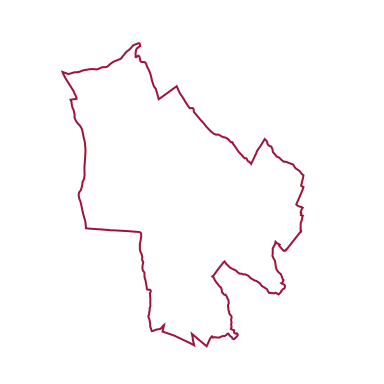 the district of San José Teacalco, Tlaxcala, Mexico, rotated 172°
{"feature_id": "50627088B31209482896746", "entity_name": "San José Teacalco", "entity_type": "district", "adm_level": 2, "iso_a3": "MEX", "parent_name": "Mexico", "parent_adm1": "Tlaxcala", "projection": "equal_earth", "projection_center": [-98.053, 19.323], "detail": "fine", "context": "isolated", "style": "outline", "palette": "rose", "viewbox_px": 384, "rotation_deg": 172, "n_neighbors": 0, "source": "geoboundaries", "source_scale": "gbopen_adm2", "svg_char_len": 5956}
<svg xmlns="http://www.w3.org/2000/svg" viewBox="0 0 384 384"><g transform="rotate(172 192 192)"><path d="M79.3,193.0L80.9,194.8L82.5,197.8L86.1,201.0L87.2,203.1L87.6,204.3L88.3,205.3L93.0,207.8L94.5,208.7L96.2,209.2L96.8,209.1L99.0,211.4L100.0,212.8L100.8,213.9L102.9,215.0L103.4,215.6L105.5,219.1L106.2,220.1L106.4,220.9L106.3,222.9L106.5,223.7L106.8,224.3L106.9,225.4L107.3,226.0L108.0,226.4L108.9,226.8L110.1,228.2L110.5,229.1L110.7,231.4L111.1,232.3L112.6,234.3L118.6,227.0L119.7,226.0L122.1,223.3L122.9,221.6L129.5,211.6L129.8,212.3L130.2,212.6L130.6,213.3L131.1,213.7L131.3,214.1L132.2,214.6L132.9,215.9L133.2,217.3L133.8,218.0L135.0,218.0L136.0,219.1L137.2,221.1L139.9,224.8L141.2,227.1L142.4,229.9L144.8,234.3L144.9,235.4L145.4,235.8L146.4,235.7L147.7,237.5L148.5,238.8L149.5,239.8L150.0,240.2L150.3,240.6L152.5,241.8L153.0,241.7L153.5,242.0L154.5,242.6L156.8,244.4L158.1,245.3L158.9,245.4L159.9,245.3L161.4,246.1L162.5,246.9L164.6,249.0L168.5,254.4L169.3,255.8L171.3,259.2L173.4,262.1L179.0,271.0L178.9,273.8L179.4,274.8L180.3,275.2L182.4,275.2L183.7,277.3L185.5,281.1L188.2,287.4L189.9,290.5L190.9,293.4L192.4,298.9L212.0,288.5L213.5,299.3L215.0,301.8L215.4,303.8L216.0,307.2L216.5,312.5L216.9,315.8L219.2,323.1L219.6,325.4L220.3,326.8L221.1,327.3L224.0,327.9L224.6,328.3L224.8,328.6L225.1,332.2L225.4,333.5L225.9,334.4L226.3,334.5L228.7,333.2L229.0,333.3L228.9,334.5L228.7,336.2L228.3,338.2L227.6,340.4L226.7,341.8L224.1,343.3L222.9,343.8L222.9,344.8L223.1,345.8L223.3,346.4L223.6,346.7L224.0,346.8L225.8,346.4L228.5,345.8L230.0,345.3L233.1,342.5L237.7,339.7L239.3,338.3L244.0,333.8L250.8,332.2L252.6,331.5L254.9,330.3L258.3,328.0L258.8,327.8L259.9,327.7L260.7,327.7L262.8,328.0L263.5,328.0L264.4,327.9L268.0,326.8L268.8,326.7L269.5,326.7L273.8,327.7L276.4,327.8L281.5,327.7L283.3,327.5L286.6,326.7L289.3,326.6L291.7,326.9L297.4,326.0L297.9,326.1L298.5,326.3L303.5,328.9L302.9,326.4L301.3,321.9L295.4,308.8L293.2,301.3L293.4,300.3L299.4,300.3L298.8,297.5L298.9,296.0L298.8,293.7L298.6,292.7L298.6,291.9L298.0,290.6L298.0,290.2L298.0,289.7L297.8,289.1L297.6,286.1L297.5,285.5L297.5,284.4L297.9,283.1L297.9,282.5L297.9,281.8L297.7,281.1L297.5,280.0L296.6,277.7L295.6,275.9L293.7,273.2L292.3,269.9L292.1,268.1L291.6,260.2L291.3,258.4L291.3,256.5L291.2,255.1L291.4,252.9L291.4,250.7L291.9,246.7L293.1,240.7L294.8,232.8L295.2,230.8L296.1,223.2L297.1,220.1L297.9,218.7L299.0,217.3L299.2,216.0L299.9,213.9L300.6,211.8L301.2,210.7L301.9,209.2L303.3,207.9L303.9,207.0L304.7,204.8L304.7,203.5L304.5,200.8L303.8,198.3L303.3,192.7L303.1,188.8L302.8,185.2L301.7,177.5L301.9,172.5L302.1,170.9L300.4,170.4L290.4,168.2L288.5,167.9L281.5,166.3L281.0,166.3L277.4,165.3L274.6,164.9L261.5,162.3L249.8,159.7L248.8,159.1L248.4,158.4L248.2,157.9L248.4,155.2L249.9,150.4L250.3,149.4L250.9,147.6L251.6,142.4L251.5,140.7L251.2,139.2L250.5,137.5L250.5,136.5L250.3,136.0L250.3,134.2L250.8,132.4L250.8,131.4L250.2,130.0L250.0,128.9L250.3,128.5L251.2,126.1L251.6,124.1L251.7,121.7L251.1,120.2L250.3,118.9L250.9,114.2L250.4,111.3L250.2,107.7L250.1,104.3L250.2,102.2L249.9,101.6L247.1,101.0L246.8,100.5L246.6,99.8L246.8,98.9L247.7,97.7L247.9,96.0L248.1,91.9L248.7,88.4L248.9,86.2L249.2,84.5L250.1,82.9L250.4,80.5L251.2,78.7L251.4,77.1L251.7,76.3L252.5,75.3L252.6,74.1L252.0,72.4L251.7,67.3L252.1,64.4L251.7,62.7L251.2,59.9L249.8,59.9L246.1,60.8L242.7,60.7L242.2,60.9L241.9,61.2L241.4,61.5L239.9,62.8L239.2,63.6L238.2,64.2L240.6,57.9L229.8,52.4L215.2,42.8L211.2,39.9L211.3,41.8L211.7,44.5L211.6,47.7L211.8,51.5L199.0,37.2L197.3,39.8L194.6,44.2L193.1,45.7L192.3,46.3L192.1,46.3L191.7,45.0L189.8,45.1L188.7,44.8L187.5,44.4L185.1,44.1L182.0,45.0L181.4,45.1L180.5,44.9L179.5,44.9L177.8,45.7L176.6,46.7L175.9,46.7L175.4,46.2L175.0,45.1L174.5,44.3L173.0,43.0L172.5,41.9L172.3,41.1L171.5,40.6L170.9,40.5L170.4,40.6L169.8,41.3L168.9,41.6L167.2,43.1L166.6,43.9L166.8,45.5L167.5,45.8L168.0,45.6L168.7,45.8L169.7,46.5L169.8,46.8L169.9,47.7L169.7,48.2L169.5,48.9L169.5,49.2L172.2,50.6L172.5,50.8L172.4,51.6L171.8,52.4L171.6,53.2L171.6,53.9L171.7,54.4L171.7,55.4L171.0,57.2L171.1,58.7L171.1,60.0L170.8,60.8L170.3,61.9L170.2,62.8L170.4,64.0L171.4,65.2L172.1,66.9L171.8,68.1L172.4,70.2L172.1,71.9L172.3,72.7L172.3,73.9L172.1,75.0L171.7,75.5L171.1,76.6L171.0,79.5L171.0,80.2L171.6,81.2L171.6,81.8L172.4,84.3L172.8,85.2L173.2,85.7L173.8,85.6L174.3,85.8L175.1,86.6L175.5,87.7L176.1,88.2L176.3,88.7L176.2,89.7L176.2,91.4L176.7,93.5L177.5,94.3L178.3,95.3L179.5,97.6L180.2,98.6L181.6,101.4L182.1,103.0L182.2,103.6L182.8,104.8L183.6,105.6L182.6,106.0L176.2,112.6L170.4,118.1L169.4,118.7L168.2,116.2L164.8,111.8L163.7,110.9L159.6,108.3L157.3,105.4L156.0,104.4L154.9,104.4L152.5,103.2L150.8,103.1L147.8,101.2L146.0,98.6L142.0,95.5L140.7,95.0L137.5,92.2L136.0,89.3L131.5,85.6L129.8,81.4L124.6,80.2L123.1,80.6L120.5,78.5L118.2,80.3L117.5,80.9L117.6,81.2L115.6,83.1L114.9,83.4L114.5,83.4L114.1,83.6L113.6,84.1L113.4,84.5L113.4,84.9L113.1,85.4L113.0,86.0L113.3,87.0L114.1,87.8L115.4,88.6L116.2,89.3L115.5,89.5L115.0,89.8L114.3,91.1L113.8,91.7L113.7,92.1L114.2,92.9L114.6,94.5L114.9,96.0L115.4,98.4L116.3,99.1L117.8,101.0L119.0,103.2L119.4,105.9L119.4,112.0L119.9,113.6L120.7,115.4L120.8,116.1L121.2,117.2L121.1,118.3L120.8,119.0L120.5,120.9L120.3,121.6L120.4,122.2L120.0,123.4L120.0,124.7L119.4,125.7L118.8,126.3L118.3,127.3L118.0,127.5L117.0,128.8L116.2,131.1L114.8,129.2L113.8,128.8L112.5,127.7L113.0,127.3L113.3,126.8L112.8,126.0L112.3,125.3L110.5,122.5L109.7,121.5L109.0,120.8L108.0,121.1L107.2,121.7L107.0,121.3L90.5,137.1L90.3,137.0L89.6,137.4L89.4,137.6L89.4,138.0L89.7,138.4L89.4,138.7L89.5,139.4L89.7,140.0L89.6,141.1L89.2,142.1L89.1,143.5L88.9,144.8L88.4,146.9L87.8,147.7L87.1,149.0L86.1,152.3L85.5,153.0L86.3,153.5L87.4,153.9L87.3,154.5L86.8,155.1L86.7,155.8L87.2,156.1L87.0,157.4L86.7,158.0L85.7,159.8L84.6,161.0L86.0,162.1L87.4,162.5L89.2,163.6L90.5,165.1L89.8,166.3L82.8,177.7L80.9,181.3L81.7,181.8L83.1,183.0L80.0,190.8L79.3,193.0Z" fill="none" stroke="#9f1239" stroke-width="2"/></g></svg>